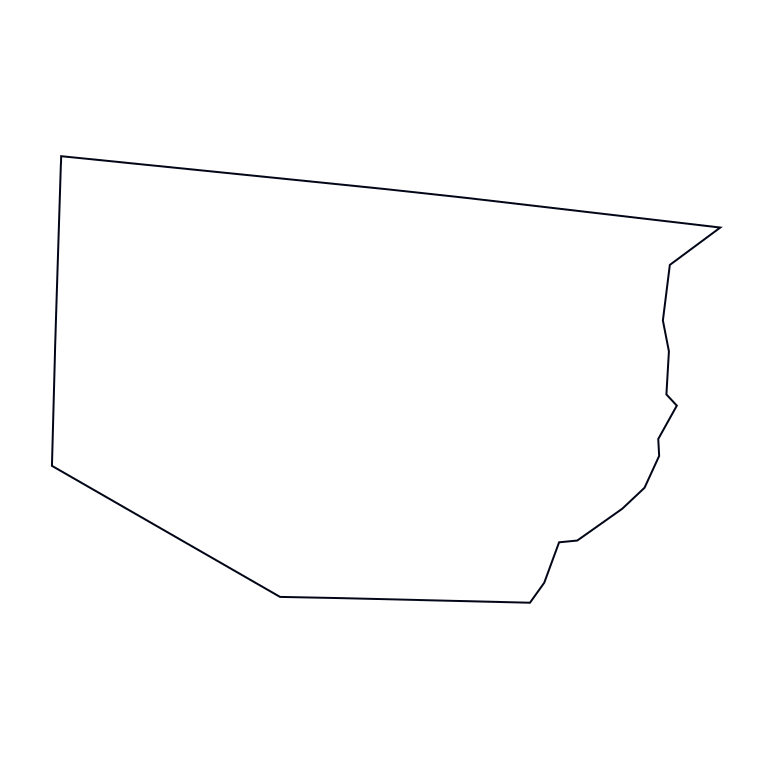 the district of Brunswick, Virginia, United States of America, rotated 92°
{"feature_id": "52423323B81794137886783", "entity_name": "Brunswick", "entity_type": "district", "adm_level": 2, "iso_a3": "USA", "parent_name": "United States of America", "parent_adm1": "Virginia", "projection": "albers", "projection_center": [-77.853, 36.783], "detail": "fine", "context": "isolated", "style": "outline", "palette": "ink", "viewbox_px": 768, "rotation_deg": 92, "n_neighbors": 0, "source": "geoboundaries", "source_scale": "gbopen_adm2", "svg_char_len": 487}
<svg xmlns="http://www.w3.org/2000/svg" viewBox="0 0 768 768"><g transform="rotate(92 384 384)"><path d="M330.1,714.1L349.5,714.0L357.3,714.0L365.3,713.9L477.4,713.0L600.4,480.5L599.5,420.1L597.5,230.5L577.0,216.9L536.1,203.5L533.7,185.4L500.3,141.5L478.6,120.0L446.3,106.5L429.4,108.0L395.4,90.6L384.6,101.4L341.4,100.4L310.8,107.5L255.0,102.5L215.9,53.4L195.2,307.6L189.0,391.7L167.6,714.6L175.1,714.5L175.7,714.6L330.1,714.1Z" fill="none" stroke="#020617" stroke-width="2"/></g></svg>